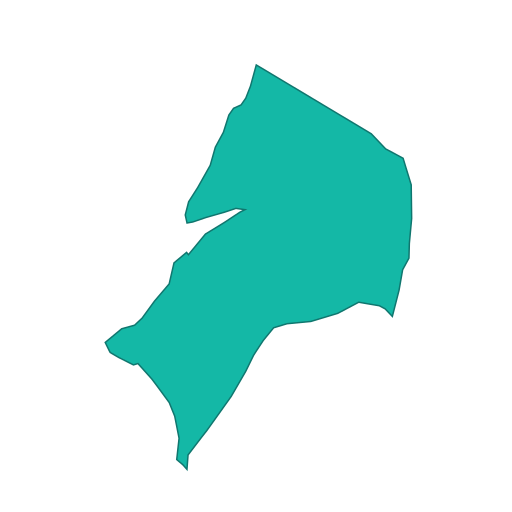 Girga, Suhaj, Egypt (Mercator projection), rotated 252°
{"feature_id": "37247803B10377703685184", "entity_name": "Girga", "entity_type": "district", "adm_level": 2, "iso_a3": "EGY", "parent_name": "Egypt", "parent_adm1": "Suhaj", "projection": "mercator", "projection_center": [31.887, 26.348], "detail": "fine", "context": "isolated", "style": "filled", "palette": "teal", "viewbox_px": 512, "rotation_deg": 252, "n_neighbors": 0, "source": "geoboundaries", "source_scale": "gbopen_adm2", "svg_char_len": 1110}
<svg xmlns="http://www.w3.org/2000/svg" viewBox="0 0 512 512"><g transform="rotate(252 256 256)"><path d="M437.6,315.3L419.2,303.2L409.3,295.1L404.3,288.5L403.4,280.3L398.5,273.8L383.7,263.2L372.1,251.0L356.4,240.5L339.1,221.7L328.4,208.7L316.9,201.4L308.7,200.6L307.9,206.4L308.1,220.3L307.4,240.1L307.5,251.6L303.5,259.8L302.6,254.1L297.6,236.0L292.5,214.7L278.1,192.1L280.9,191.1L274.8,175.9L256.3,164.8L244.5,145.6L234.0,131.1L232.4,128.9L232.2,128.7L228.9,121.7L227.7,119.2L228.3,105.8L220.4,85.9L211.0,87.2L210.2,87.4L209.3,87.5L201.9,94.1L190.3,105.8L190.2,110.5L171.2,118.9L162.2,122.0L143.4,128.2L138.8,128.5L128.8,129.2L119.5,128.1L106.4,126.5L86.9,117.7L80.1,121.9L74.4,124.4L87.8,129.9L100.7,148.6L105.2,155.3L115.9,169.8L130.1,189.0L149.5,210.6L162.3,223.0L165.6,227.0L173.5,236.9L182.3,250.6L182.0,264.6L176.8,287.9L176.6,297.3L176.2,316.0L180.3,339.4L175.4,348.7L170.6,357.9L165.8,362.5L156.4,367.0L179.3,381.5L197.6,391.2L206.7,400.8L220.5,405.7L243.5,415.6L275.7,425.6L294.3,425.9L303.5,426.1L317.8,412.4L336.6,403.4L437.6,315.3Z" fill="#14b8a6" stroke="#0f766e" stroke-width="1.5"/></g></svg>